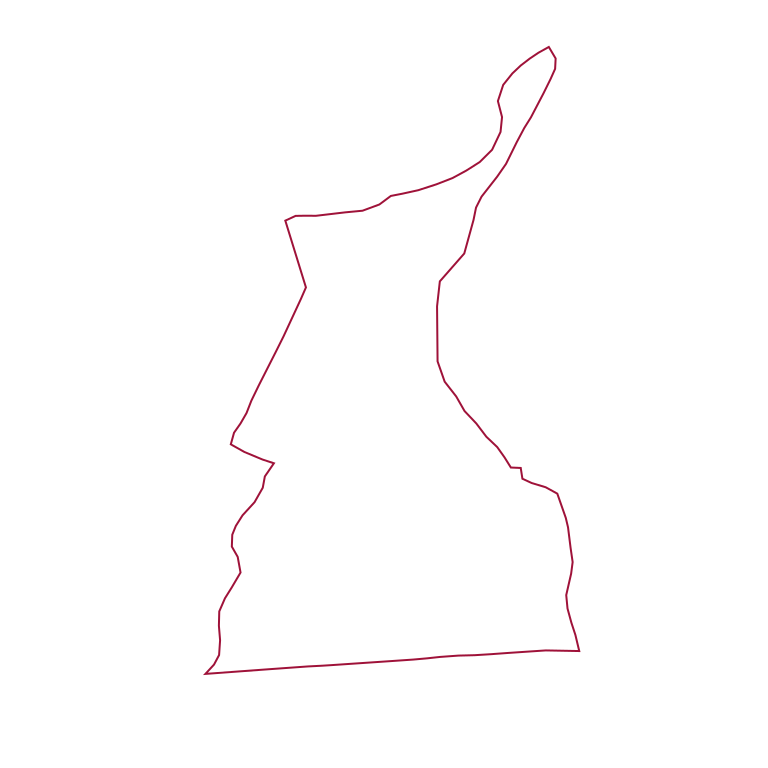 Parnamirim, Rio Grande do Norte, Brazil (Albers equal-area conic projection), rotated 259°
{"feature_id": "56859067B32838397359817", "entity_name": "Parnamirim", "entity_type": "district", "adm_level": 2, "iso_a3": "BRA", "parent_name": "Brazil", "parent_adm1": "Rio Grande do Norte", "projection": "albers", "projection_center": [-35.212, -5.917], "detail": "fine", "context": "isolated", "style": "outline", "palette": "rose", "viewbox_px": 768, "rotation_deg": 259, "n_neighbors": 0, "source": "geoboundaries", "source_scale": "gbopen_adm2", "svg_char_len": 1481}
<svg xmlns="http://www.w3.org/2000/svg" viewBox="0 0 768 768"><g transform="rotate(259 384 384)"><path d="M563.2,318.3L493.7,325.8L483.4,318.7L450.1,294.6L436.3,284.0L421.4,272.4L406.5,260.8L392.9,250.6L381.7,243.5L372.6,235.6L364.8,227.5L354.0,222.1L343.9,234.0L333.0,250.4L327.2,260.8L316.0,249.4L305.3,245.2L292.7,234.4L282.1,220.1L273.0,211.5L265.0,206.3L253.4,203.6L242.2,207.4L226.3,207.2L213.1,195.5L204.0,187.0L192.2,178.9L178.2,175.8L163.7,174.2L149.4,170.4L141.0,163.6L133.5,153.4L126.5,212.2L121.3,255.2L119.3,269.3L118.0,279.3L110.6,338.5L107.9,360.3L106.5,373.8L105.4,386.9L103.2,405.2L100.5,421.2L98.4,437.2L96.4,453.8L93.7,475.4L91.6,492.0L84.6,524.7L101.1,524.0L113.9,522.4L128.6,521.3L142.0,522.6L162.1,531.5L173.2,535.2L187.7,535.9L208.2,537.3L217.9,536.9L243.3,533.2L251.8,523.0L258.6,510.1L264.6,501.8L275.5,502.2L277.8,492.6L289.0,488.3L300.5,483.1L312.7,474.4L327.6,467.1L342.1,457.9L358.0,452.5L374.7,444.0L396.0,440.9L450.1,450.9L474.1,458.4L496.8,487.7L528.0,503.2L539.6,508.0L549.3,515.5L565.9,534.6L576.8,545.8L596.0,560.4L608.6,570.6L617.7,579.1L639.0,596.1L651.6,605.7L660.7,612.1L670.8,614.6L683.4,610.1L679.7,598.8L675.6,589.1L670.6,579.1L664.4,569.3L654.9,558.1L640.0,549.8L623.5,550.8L609.2,546.5L593.3,534.8L583.6,520.3L577.8,505.5L573.1,490.6L570.0,473.5L567.7,454.6L567.3,438.2L567.3,426.6L561.1,413.7L558.2,396.0L559.9,378.6L561.1,362.6L562.1,349.3L564.2,338.9L565.9,329.3L563.2,318.3Z" fill="none" stroke="#9f1239" stroke-width="2"/></g></svg>